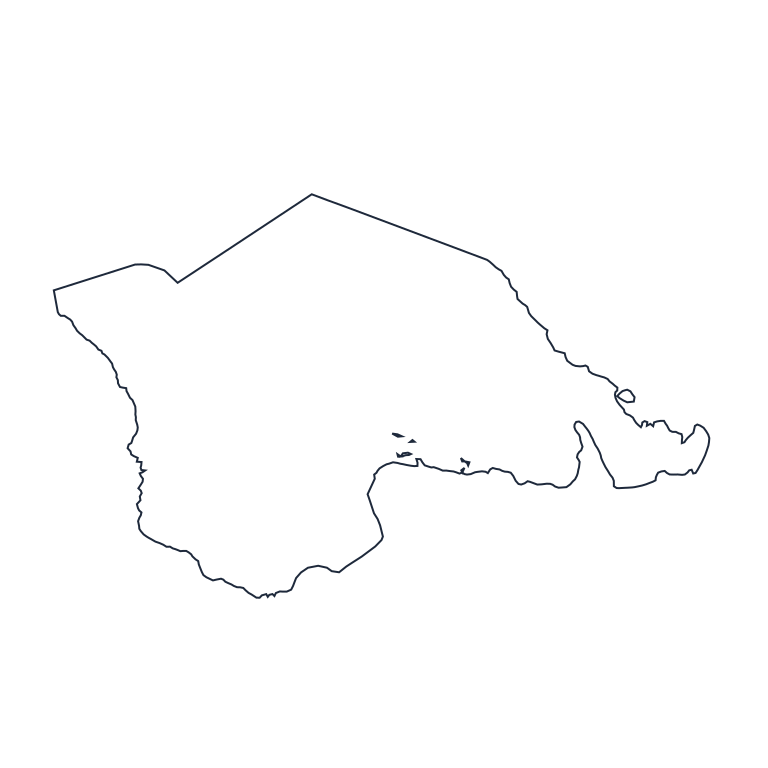 Turiaçu, Maranhão, Brazil, rotated 83°
{"feature_id": "56859067B17622420397796", "entity_name": "Turiaçu", "entity_type": "district", "adm_level": 2, "iso_a3": "BRA", "parent_name": "Brazil", "parent_adm1": "Maranhão", "projection": "mercator", "projection_center": [-45.384, -1.709], "detail": "fine", "context": "isolated", "style": "outline", "palette": "slate", "viewbox_px": 768, "rotation_deg": 83, "n_neighbors": 0, "source": "geoboundaries", "source_scale": "gbopen_adm2", "svg_char_len": 5722}
<svg xmlns="http://www.w3.org/2000/svg" viewBox="0 0 768 768"><g transform="rotate(83 384 384)"><path d="M481.4,317.1L483.2,315.2L484.0,312.7L484.0,308.9L482.7,304.4L482.6,301.7L482.6,297.4L483.5,293.8L485.1,291.8L481.7,289.0L480.6,286.3L481.9,283.2L482.9,279.7L484.6,277.3L485.7,274.8L486.3,271.8L487.5,269.0L491.0,266.9L496.1,265.1L499.6,262.7L500.5,260.1L499.7,256.5L498.0,253.3L498.9,251.0L502.5,244.1L502.8,239.7L502.8,234.8L503.3,231.3L504.5,228.9L506.6,226.7L508.2,223.4L508.4,220.1L508.6,215.5L506.3,211.3L503.7,208.5L501.9,206.0L498.7,203.8L496.2,202.6L492.6,201.5L490.5,200.6L485.2,199.3L483.0,200.1L480.4,201.4L477.4,200.4L475.2,198.5L473.9,196.4L470.4,194.6L466.4,195.5L463.4,196.0L460.8,195.9L458.2,196.5L455.6,198.2L453.0,199.6L450.0,200.3L447.5,199.8L445.1,197.9L445.0,195.0L447.9,191.3L450.8,189.6L452.7,188.4L455.4,186.9L457.6,185.9L460.9,184.9L464.0,183.6L466.9,182.8L470.3,181.7L474.1,179.8L478.5,178.2L481.3,177.6L484.1,177.4L486.9,176.6L489.6,175.7L493.5,174.3L497.7,172.3L501.4,170.7L504.8,168.6L508.1,167.7L513.5,168.3L515.6,165.8L516.0,163.6L516.2,160.8L516.4,157.7L516.6,155.3L516.9,150.3L516.9,147.8L516.6,144.2L516.2,140.1L515.5,136.1L514.6,132.6L513.8,129.2L512.7,126.2L509.7,125.5L507.4,124.2L505.4,122.7L504.6,119.4L504.5,116.0L506.8,114.0L508.6,111.5L509.2,107.5L509.6,103.5L510.5,99.2L510.5,96.4L508.8,93.5L506.9,91.6L506.6,89.1L510.5,88.0L510.3,85.6L507.7,83.4L500.3,78.0L493.9,74.0L489.5,71.8L484.6,69.5L481.2,68.5L477.3,67.7L473.7,68.4L470.1,70.0L466.4,72.1L463.8,75.3L462.4,78.0L463.5,80.5L467.7,82.0L470.2,83.0L472.0,85.7L474.3,88.9L476.4,91.2L478.4,92.9L479.0,95.6L475.9,95.1L473.0,94.4L470.0,94.8L468.9,97.5L467.1,100.1L466.6,103.7L465.0,106.1L462.5,107.2L459.9,108.1L457.8,109.3L454.7,110.6L454.3,113.7L454.4,117.4L455.0,120.6L458.7,122.0L456.0,124.5L457.5,128.2L453.9,127.3L452.6,129.9L453.7,132.3L456.1,132.9L458.2,134.3L455.6,136.7L453.3,138.5L450.3,140.0L447.7,141.0L445.1,143.8L443.3,147.2L441.3,148.7L438.6,149.0L433.4,152.7L429.6,154.8L425.9,155.9L422.8,156.1L420.3,155.3L418.9,153.3L416.0,152.8L413.6,155.3L411.6,157.0L408.9,159.8L406.3,161.4L404.3,164.6L403.1,167.5L402.0,169.9L401.1,172.1L399.2,175.8L396.4,178.9L391.8,179.7L390.2,181.8L390.5,184.1L390.4,187.3L389.4,191.7L387.9,194.5L385.8,196.7L383.3,199.3L379.4,200.5L375.5,200.9L373.2,206.7L371.5,210.6L368.3,211.6L363.7,213.6L359.2,215.9L354.4,216.5L350.6,215.2L348.2,218.1L344.1,221.9L341.7,224.0L339.5,225.7L337.0,227.7L334.6,229.6L331.1,231.5L327.3,232.1L324.9,232.5L322.9,234.3L321.1,236.6L318.1,239.2L315.9,241.1L313.0,241.2L308.7,241.1L306.1,243.7L303.0,246.0L299.1,247.0L295.3,247.4L293.2,249.8L290.3,251.8L286.0,253.6L284.2,256.1L281.7,258.9L279.0,261.1L275.5,264.2L273.4,266.5L271.6,269.9L244.5,321.8L204.5,398.5L194.8,417.5L186.9,432.6L234.1,527.5L258.4,576.5L244.5,588.1L237.0,603.3L235.7,610.4L235.1,616.5L250.8,700.3L272.9,699.0L275.1,698.1L276.9,696.5L277.4,692.8L280.2,689.6L281.8,687.6L284.1,686.0L287.8,685.1L291.1,683.3L293.7,682.2L296.6,679.9L298.8,677.6L303.7,673.8L305.1,670.9L307.5,669.0L309.3,667.2L311.6,665.1L315.0,663.3L316.6,660.4L319.3,659.8L320.6,657.9L324.4,654.9L328.2,652.8L330.6,651.4L334.3,651.0L336.6,650.1L339.3,648.7L342.2,648.1L344.7,648.8L347.7,647.7L350.9,647.9L354.8,646.4L355.7,643.9L356.7,640.4L359.7,640.4L362.4,639.3L366.7,637.8L369.3,635.6L376.1,633.6L380.7,633.9L384.0,634.5L386.7,634.3L389.6,634.8L394.3,633.9L397.1,633.7L399.9,634.4L403.1,636.1L406.4,639.5L409.8,641.0L411.8,642.0L413.0,644.8L416.5,646.3L420.0,643.8L423.1,643.5L425.1,641.1L427.3,637.4L431.0,638.8L431.9,634.2L435.2,634.9L437.4,635.8L439.8,635.3L440.7,631.6L442.2,634.5L442.9,637.4L445.8,636.5L448.7,634.8L451.6,635.5L454.2,637.6L457.6,640.5L460.2,638.4L462.8,637.8L465.9,640.1L469.7,639.9L473.1,643.9L477.3,643.3L479.7,642.4L481.9,640.4L484.7,641.4L486.9,643.1L490.2,644.8L494.9,644.4L497.9,644.5L500.4,643.3L504.0,640.9L506.4,638.3L508.0,636.3L509.5,634.2L512.6,630.1L514.5,626.2L516.6,622.7L519.0,619.8L519.4,616.2L521.4,613.7L522.5,611.2L523.6,609.1L525.1,606.5L525.2,603.7L525.6,600.6L527.3,598.4L529.6,596.1L531.7,595.2L535.1,592.4L537.1,590.0L540.5,589.8L544.0,588.9L548.5,587.7L551.7,586.5L554.2,583.8L556.0,581.0L558.1,577.7L557.7,573.9L557.4,569.5L558.6,567.3L560.9,565.6L562.5,563.1L564.4,559.8L566.1,557.7L567.8,554.6L568.2,551.7L569.3,548.5L571.8,546.6L574.8,543.9L576.8,541.1L580.5,536.7L581.0,533.5L578.9,531.0L578.2,526.5L581.1,525.3L579.3,523.5L578.9,520.3L581.1,518.6L578.3,516.8L577.2,512.7L577.8,509.3L578.2,505.8L576.8,501.2L573.4,498.9L569.4,496.8L565.9,494.9L560.9,489.3L557.1,481.9L556.4,471.5L559.4,463.0L563.4,458.7L565.4,451.5L560.6,443.7L557.5,437.4L552.6,427.2L544.2,412.5L538.6,405.5L535.3,403.7L523.8,405.1L517.2,406.8L511.1,409.7L497.9,412.3L491.4,413.7L476.9,404.7L472.7,404.8L471.2,402.3L469.4,401.0L467.2,398.7L465.3,394.7L464.0,391.2L463.7,388.7L462.8,384.6L464.0,380.2L465.1,377.6L465.9,374.9L467.1,371.5L468.4,367.3L469.2,364.0L469.4,360.8L466.2,360.3L462.4,361.0L463.1,356.9L466.5,355.4L469.7,353.5L471.5,349.7L472.6,347.2L472.6,344.8L474.9,340.0L477.1,336.3L477.5,332.8L478.5,329.0L479.3,325.6L480.4,323.2L482.1,320.0L481.4,317.1ZM458.0,376.2L455.1,373.7L455.1,368.6L456.8,365.8L457.5,368.0L457.3,371.1L457.8,373.7L458.0,376.2ZM438.0,376.6L434.2,381.9L435.6,376.7L438.1,372.6L438.0,376.6ZM470.6,313.4L472.1,308.8L475.2,310.4L472.7,311.1L470.6,313.4ZM481.4,317.1L479.1,317.8L477.1,314.4L481.4,317.1ZM470.6,313.4L470.4,315.8L466.9,316.7L470.6,313.4ZM445.0,360.8L444.7,365.1L443.1,362.6L445.0,360.8ZM458.0,376.2L457.8,378.9L455.3,379.2L458.0,376.2ZM426.7,151.9L429.7,148.2L431.8,144.8L431.9,138.2L427.6,136.9L424.4,138.8L421.3,140.3L419.3,143.3L419.6,145.6L420.1,148.1L422.1,151.2L424.4,154.0L426.7,151.9Z" fill="none" stroke="#1e293b" stroke-width="2"/></g></svg>